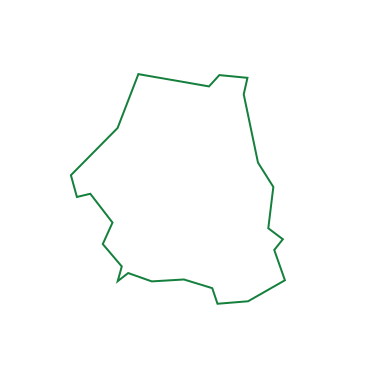 Robertson, Kentucky, United States of America, rotated 233°
{"feature_id": "52423323B68923397025914", "entity_name": "Robertson", "entity_type": "district", "adm_level": 2, "iso_a3": "USA", "parent_name": "United States of America", "parent_adm1": "Kentucky", "projection": "robinson", "projection_center": [-84.061, 38.515], "detail": "fine", "context": "isolated", "style": "outline", "palette": "green", "viewbox_px": 384, "rotation_deg": 233, "n_neighbors": 0, "source": "geoboundaries", "source_scale": "gbopen_adm2", "svg_char_len": 468}
<svg xmlns="http://www.w3.org/2000/svg" viewBox="0 0 384 384"><g transform="rotate(233 192 192)"><path d="M318.4,220.1L287.9,171.1L278.3,105.4L257.3,97.1L251.8,109.7L215.4,110.1L204.1,89.4L174.8,91.1L165.5,79.0L165.7,92.2L144.8,106.1L127.0,132.9L103.0,150.3L87.4,145.1L71.0,171.0L65.6,213.1L96.2,222.8L99.6,236.1L117.1,231.1L147.1,260.0L175.8,262.4L238.9,292.1L249.8,305.0L268.9,284.2L266.1,269.1L318.4,220.1Z" fill="none" stroke="#15803d" stroke-width="2"/></g></svg>